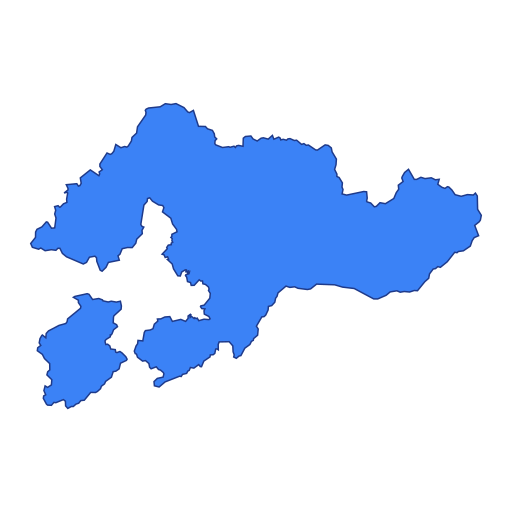 the district of Cao Loc, Lạng Sơn, Vietnam
{"feature_id": "81297802B94679881937971", "entity_name": "Cao Loc", "entity_type": "district", "adm_level": 2, "iso_a3": "VNM", "parent_name": "Vietnam", "parent_adm1": "Lạng Sơn", "projection": "orthographic", "projection_center": [106.799, 21.875], "detail": "fine", "context": "isolated", "style": "filled", "palette": "blue", "viewbox_px": 512, "rotation_deg": 0, "n_neighbors": 0, "source": "geoboundaries", "source_scale": "gbopen_adm2", "svg_char_len": 6025}
<svg xmlns="http://www.w3.org/2000/svg" viewBox="0 0 512 512"><path d="M440.4,267.3L447.2,261.8L454.7,252.3L457.0,252.7L458.4,251.5L463.4,250.8L470.3,246.1L472.2,240.6L474.2,237.6L478.6,235.7L474.7,225.4L479.3,221.7L480.4,220.0L481.3,215.3L477.6,209.3L477.3,196.0L475.4,193.1L473.4,195.0L467.4,194.6L461.2,196.3L455.1,194.7L451.9,190.0L448.8,187.0L447.4,186.7L445.0,188.4L441.9,187.3L437.8,184.3L439.2,179.3L435.4,179.8L431.3,177.8L425.0,178.6L420.9,177.3L416.7,179.4L414.3,179.4L408.5,169.3L404.6,172.5L402.3,176.5L401.8,178.0L403.1,181.5L398.3,185.2L398.7,189.2L396.3,192.6L393.8,198.5L385.4,203.7L380.0,202.7L376.3,206.4L374.3,206.8L370.7,203.0L367.1,201.9L366.6,201.1L367.2,198.1L366.6,191.8L363.8,191.5L346.6,195.1L342.1,193.9L343.0,189.5L342.0,187.1L342.4,182.9L339.1,177.5L336.9,176.5L336.9,174.1L334.6,169.4L336.0,164.8L336.4,159.1L332.1,151.9L331.3,147.9L328.2,145.4L325.1,144.9L317.4,150.1L315.6,149.9L308.4,145.0L306.2,145.3L303.9,143.6L301.6,144.4L296.6,140.2L294.3,140.5L290.0,138.6L287.9,138.9L286.5,140.2L283.2,139.3L280.7,139.9L280.2,138.1L278.7,137.1L273.9,139.2L272.4,135.4L268.2,139.1L263.4,137.8L261.1,138.2L257.2,141.0L253.1,139.0L250.9,136.0L245.4,136.5L243.3,138.2L243.0,146.3L238.5,145.4L236.5,145.9L235.4,147.5L234.0,146.2L230.0,147.3L228.8,146.7L222.5,147.5L215.8,144.9L214.8,143.6L215.1,140.6L216.7,138.9L214.7,136.9L214.3,133.8L212.4,130.4L207.5,128.8L205.4,126.5L198.5,126.3L193.4,110.4L189.5,112.6L187.8,112.0L184.0,107.6L176.0,103.6L171.1,104.5L165.3,103.7L160.2,106.8L148.6,108.0L146.2,109.1L145.3,110.3L146.0,112.4L145.7,115.0L137.5,126.8L136.6,133.1L132.0,137.4L131.4,141.0L128.2,146.1L126.8,147.1L124.7,146.5L120.9,147.7L115.8,144.5L113.8,151.3L111.8,153.7L110.2,154.4L107.0,153.0L99.9,164.0L99.9,166.5L102.3,169.7L99.1,172.0L99.7,173.9L98.9,175.7L90.3,169.9L80.3,177.9L81.2,183.3L79.9,185.6L78.4,186.1L76.8,183.7L66.3,184.7L68.0,188.4L68.0,189.9L64.1,193.0L67.0,192.3L67.7,193.0L66.6,199.2L66.9,202.4L63.5,203.8L60.4,207.0L59.6,207.2L58.1,205.7L54.6,206.6L55.7,210.3L54.7,214.0L56.0,218.0L54.7,227.9L51.5,228.2L47.6,222.2L46.3,221.9L41.9,226.9L37.0,229.3L35.6,232.0L35.5,237.4L30.7,243.5L32.4,247.3L38.6,249.2L40.8,248.0L45.1,250.7L51.3,249.7L55.9,250.3L57.9,248.3L59.9,248.3L62.4,253.4L66.5,256.8L83.3,264.0L86.5,262.4L89.4,257.2L94.9,256.2L96.5,257.7L96.8,261.3L100.2,270.2L102.1,271.2L106.0,267.4L108.4,262.4L119.3,260.2L118.0,255.8L119.9,254.3L122.2,248.7L127.5,247.5L132.2,247.6L135.8,243.2L136.7,239.2L142.3,233.7L142.0,230.3L143.8,227.1L142.0,226.4L140.8,224.5L143.9,205.1L147.1,201.5L147.5,198.5L149.7,197.8L152.5,201.2L158.6,204.9L162.7,205.5L163.9,207.6L162.5,211.9L170.8,218.2L172.6,224.0L176.6,229.4L177.0,231.8L171.9,234.3L171.8,236.5L170.9,237.4L172.2,238.6L171.9,240.7L172.7,242.2L171.2,243.2L171.3,244.7L168.3,245.1L166.7,247.5L167.3,248.7L162.1,254.2L164.1,254.9L165.2,257.5L167.6,256.8L168.6,259.1L167.4,259.5L172.2,264.0L173.5,268.8L177.8,275.8L180.3,276.0L181.7,272.0L185.3,269.8L186.3,269.9L185.9,271.6L188.2,271.0L187.2,272.7L187.6,273.4L189.4,272.1L189.0,273.7L185.7,274.9L185.5,275.6L186.7,277.2L187.5,281.6L190.5,282.5L191.2,285.4L194.2,285.3L199.2,279.8L200.7,281.0L202.5,281.0L202.9,283.8L205.4,284.4L208.4,286.9L209.1,289.0L208.5,290.5L210.3,293.4L209.8,298.2L204.2,305.1L200.8,305.9L200.5,306.7L201.8,308.6L204.9,308.9L204.0,310.8L204.3,314.1L208.9,316.5L210.1,318.8L209.0,319.6L204.0,319.2L198.8,320.7L197.2,318.1L196.2,318.6L194.7,317.7L194.1,318.5L191.3,316.3L190.2,317.4L189.9,315.8L190.9,314.8L190.4,314.3L188.1,316.0L188.1,318.4L185.6,321.4L180.8,319.4L172.4,321.4L169.8,316.6L164.8,317.0L160.8,318.9L157.4,319.0L157.8,321.1L154.3,324.2L153.0,328.7L150.2,330.0L145.4,330.6L144.3,332.4L142.8,340.9L138.0,340.4L137.6,343.8L136.1,345.9L134.3,351.1L135.2,353.6L136.5,354.1L137.5,357.2L142.6,361.1L145.5,360.6L148.9,363.5L149.6,367.2L151.1,368.8L156.3,366.8L158.5,369.5L160.5,370.1L163.3,372.5L163.9,373.8L163.1,377.1L157.3,378.4L154.0,381.6L154.4,385.8L159.1,387.0L165.1,381.9L179.6,376.2L181.2,376.5L182.5,374.4L186.6,373.4L187.8,371.1L189.2,370.4L190.4,367.5L193.9,368.1L198.7,364.6L200.3,366.6L201.5,366.7L203.8,361.1L210.0,356.9L210.3,354.9L213.2,354.7L214.8,353.4L215.7,349.1L217.0,348.9L218.3,349.8L218.2,344.4L219.2,341.9L229.2,341.7L232.8,345.9L233.1,351.8L234.2,354.9L233.7,357.0L236.3,358.3L239.1,356.0L240.9,355.6L244.8,348.2L249.9,344.5L251.4,341.4L253.3,340.3L253.6,338.6L257.6,335.2L258.2,329.0L256.4,326.2L261.8,316.9L264.1,316.6L265.7,315.1L268.1,310.0L268.4,306.4L271.7,305.6L274.8,302.2L275.6,298.2L277.0,296.4L278.0,292.9L286.0,286.1L289.8,287.4L294.7,286.8L298.0,288.3L307.4,289.5L310.6,288.9L316.6,284.1L334.7,284.8L342.5,287.1L354.2,288.5L373.7,298.9L377.8,298.9L386.1,295.3L390.2,291.9L396.9,290.8L400.2,292.2L404.2,291.5L409.6,292.0L414.2,290.5L417.5,290.7L424.9,281.6L428.7,278.3L429.5,273.9L433.2,269.0L435.5,268.6L437.8,266.6L440.4,267.3ZM120.4,301.2L116.4,302.1L111.2,301.2L108.2,302.0L102.9,300.8L102.5,299.9L98.8,298.5L92.6,299.5L89.0,294.3L87.2,293.7L74.9,296.4L73.4,297.3L78.4,300.2L78.4,302.6L80.9,306.3L80.5,308.3L67.6,318.9L67.1,321.7L65.8,323.5L59.0,325.4L48.5,330.9L46.2,333.5L45.8,337.8L42.4,335.0L41.8,335.5L40.0,338.6L39.2,342.9L40.8,345.4L37.7,347.8L37.3,350.7L42.4,354.4L44.5,358.6L49.7,363.6L49.8,369.9L47.7,371.8L46.9,374.9L51.8,379.7L51.4,384.9L47.6,387.4L45.1,385.9L43.9,390.6L45.7,394.8L43.7,395.9L43.3,398.3L46.5,404.2L47.6,405.1L51.4,405.3L53.9,402.4L55.8,402.7L63.4,399.6L65.4,401.2L65.6,405.9L67.8,408.4L71.3,406.5L73.3,406.5L76.0,404.1L78.7,403.2L80.8,400.6L84.3,400.2L90.7,392.4L95.5,392.5L97.4,391.5L100.5,388.7L101.4,386.2L104.5,383.9L105.6,381.4L111.4,377.2L113.2,371.6L115.8,371.2L119.1,368.9L120.5,363.2L126.4,360.4L127.1,359.2L125.8,356.7L122.0,352.9L119.9,351.5L116.9,352.6L115.7,352.1L115.3,349.6L110.7,349.0L109.8,345.9L107.6,344.2L105.8,344.5L105.1,341.9L105.2,340.5L106.2,339.4L110.3,336.8L110.3,334.9L111.2,334.9L112.0,333.8L113.6,329.7L117.5,326.7L116.6,324.7L113.2,322.8L113.5,317.1L113.9,315.8L121.1,309.2L121.4,306.0L120.4,301.2Z" fill="#3b82f6" stroke="#1e3a8a" stroke-width="1.5"/></svg>